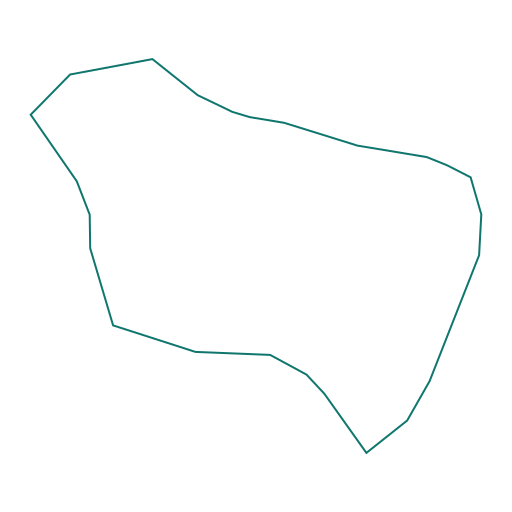 the Municipality of Sodražica
{"feature_id": "SVN-248", "entity_name": "Sodražica", "entity_type": "Municipality", "adm_level": 1, "iso_a3": "SVN", "parent_name": "Slovenia", "parent_adm1": "", "projection": "natural_earth1", "projection_center": [14.618, 45.75], "detail": "fine", "context": "isolated", "style": "outline", "palette": "teal", "viewbox_px": 512, "rotation_deg": 0, "n_neighbors": 0, "source": "natural_earth", "source_scale": "10m", "svg_char_len": 417}
<svg xmlns="http://www.w3.org/2000/svg" viewBox="0 0 512 512"><path d="M70.1,74.5L152.4,59.1L197.7,95.2L232.4,111.9L249.7,117.1L284.1,122.8L357.4,145.6L426.8,157.1L446.9,165.2L470.6,177.3L481.3,214.4L479.1,255.2L429.6,381.1L407.2,420.5L366.4,452.9L324.4,393.8L306.5,374.6L270.1,354.9L195.4,351.9L113.1,325.4L90.2,248.3L89.7,214.7L76.8,181.3L30.7,114.7L70.1,74.5Z" fill="none" stroke="#0f766e" stroke-width="2"/></svg>